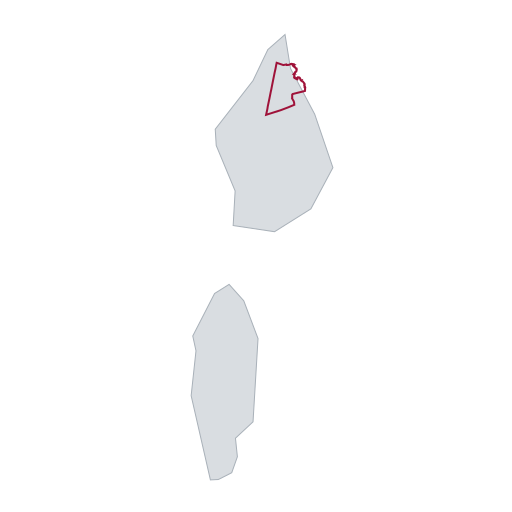 Vaisigano East, Gaga'ifomauga, Samoa (highlighted), rotated 77°
{"feature_id": "51752279B23557786171080", "entity_name": "Vaisigano East", "entity_type": "district", "adm_level": 2, "iso_a3": "WSM", "parent_name": "Samoa", "parent_adm1": "Gaga'ifomauga", "projection": "albers", "projection_center": [-172.632, -13.561], "detail": "fine", "context": "in_parent", "style": "outline", "palette": "rose", "viewbox_px": 512, "rotation_deg": 77, "n_neighbors": 0, "source": "geoboundaries", "source_scale": "gbopen_adm2", "svg_char_len": 3384}
<svg xmlns="http://www.w3.org/2000/svg" viewBox="0 0 512 512"><g transform="rotate(77 256 256)"><path d="M187.2,161.2L222.4,191.9L236.5,232.5L221.2,271.4L187.9,261.7L139.4,269.9L123.3,267.2L84.5,219.5L57.5,198.0L46.7,177.9L81.0,180.2L131.1,166.9L187.2,161.2ZM463.9,350.8L377.5,350.6L334.9,335.8L319.7,335.6L283.2,304.8L277.6,288.6L296.9,278.0L336.9,272.6L416.9,296.2L428.9,317.0L447.4,319.3L461.7,328.4L465.3,343.0L463.9,350.8Z" fill="#d9dde1" stroke="#a8b0b8" stroke-width="1"/><path d="M106.2,171.2L105.8,171.1L105.5,170.9L105.4,170.9L105.2,170.8L104.8,170.8L104.7,170.7L104.2,170.7L103.7,170.4L103.3,170.2L102.9,170.1L102.7,170.1L102.4,170.2L102.1,170.2L102.1,170.4L101.9,170.3L101.7,170.4L101.3,170.5L101.2,170.6L100.9,170.5L100.7,170.6L100.4,170.4L100.2,170.2L100.0,170.3L99.9,170.2L99.5,170.1L99.4,170.0L99.2,170.1L98.9,170.0L98.6,170.1L98.5,170.3L98.3,170.3L98.2,170.4L97.9,170.5L97.7,170.6L97.4,170.7L97.2,170.8L96.8,171.0L96.5,171.2L96.3,171.3L96.1,171.7L96.1,171.8L95.9,171.9L95.8,172.0L95.7,172.1L95.5,172.3L95.4,172.4L95.3,172.5L95.2,172.5L95.1,172.4L95.1,172.5L94.9,172.6L94.9,172.8L94.7,172.9L94.0,173.1L93.9,173.1L93.7,173.0L93.4,173.0L93.1,173.0L92.9,173.1L92.7,173.1L92.6,173.3L92.0,173.5L91.9,173.8L91.7,173.9L91.7,174.0L91.5,174.3L91.6,174.5L91.6,174.8L91.6,175.0L91.8,175.3L91.6,175.4L91.7,175.5L91.7,175.9L92.0,176.0L92.0,175.9L91.8,175.9L91.8,175.7L92.0,175.7L92.0,175.8L92.3,175.8L92.5,175.8L92.8,175.7L93.1,175.9L93.0,176.0L92.8,176.2L92.8,176.3L92.8,176.5L92.7,176.6L92.3,176.8L92.2,176.7L92.1,176.8L92.0,177.0L91.9,177.2L91.9,177.3L91.9,177.5L91.7,177.7L91.8,177.8L91.7,177.9L91.5,178.0L91.4,178.0L91.3,178.3L91.1,178.4L91.1,178.5L90.9,178.6L90.7,178.2L90.4,178.2L90.2,178.1L89.9,178.2L89.8,178.3L89.7,178.4L89.4,178.3L89.3,178.2L89.2,178.2L88.8,178.1L88.7,178.0L88.3,178.1L88.0,178.2L87.9,178.2L87.6,178.1L87.4,178.0L87.3,177.9L87.2,177.8L87.2,177.7L87.1,177.8L86.8,177.7L86.8,177.9L86.7,177.8L86.7,177.6L86.9,177.3L86.7,177.0L86.5,176.9L86.4,176.8L86.2,176.7L85.9,176.7L85.7,176.6L85.6,176.3L85.6,176.2L85.4,176.0L85.3,175.8L85.2,175.8L85.1,175.6L85.1,175.4L85.2,175.2L84.7,174.9L84.1,174.6L83.8,174.5L83.5,174.4L83.3,174.3L83.2,174.3L82.9,174.3L82.7,174.3L82.7,174.5L82.4,174.7L82.4,174.8L82.2,174.8L81.8,174.9L81.6,175.2L81.5,175.3L81.1,175.6L80.8,175.6L80.6,175.6L80.4,175.6L80.2,175.7L80.3,175.9L80.3,176.0L80.2,176.2L80.1,176.4L79.9,176.4L79.7,176.5L79.4,176.8L79.1,176.8L79.1,177.0L78.9,177.2L78.8,177.3L78.6,177.3L78.4,177.4L78.2,177.4L78.2,177.2L78.0,176.9L77.9,176.9L78.0,176.8L78.1,176.7L78.0,176.3L78.0,176.0L78.0,175.8L77.9,175.9L77.7,175.9L77.4,176.6L77.3,176.9L77.2,177.2L77.0,177.6L76.9,177.9L76.8,178.3L76.7,178.7L76.7,179.0L76.8,179.2L77.1,180.4L77.1,180.8L77.1,181.6L76.8,183.2L76.2,183.3L76.1,186.4L72.4,192.4L74.3,193.3L76.4,194.2L78.0,194.9L81.3,196.5L89.9,200.4L94.8,202.6L97.3,203.7L98.7,204.4L105.8,207.6L112.9,210.9L115.2,211.8L116.7,212.5L119.2,213.7L120.7,214.4L119.5,199.2L118.4,191.2L117.3,184.7L117.0,184.7L116.6,184.6L116.2,184.5L115.7,184.4L114.7,184.4L114.0,184.4L113.7,184.4L113.5,184.5L112.9,184.7L112.5,184.8L112.2,184.9L111.6,185.1L111.2,185.2L110.5,185.4L110.4,185.4L110.3,185.2L110.1,185.1L109.6,185.0L109.4,185.0L109.1,185.0L108.7,184.8L108.4,184.8L108.1,184.7L107.7,184.6L107.4,184.6L107.1,184.4L106.8,184.4L106.7,184.3L106.6,183.9L106.4,183.7L106.2,171.2Z" fill="none" stroke="#9f1239" stroke-width="2"/></g></svg>